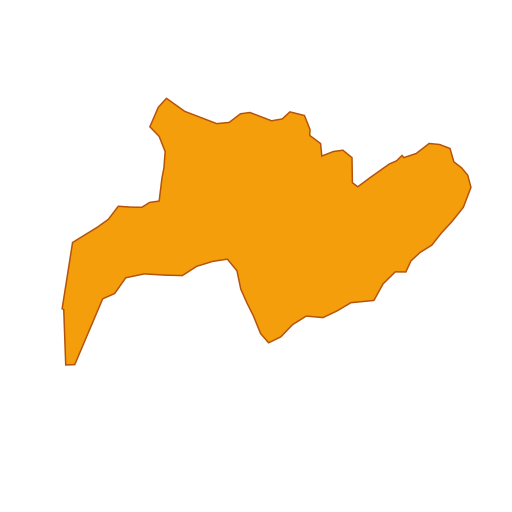 Katrineholm, Södermanland, Sweden (Mercator projection), rotated 291°
{"feature_id": "70781695B59557682139675", "entity_name": "Katrineholm", "entity_type": "district", "adm_level": 2, "iso_a3": "SWE", "parent_name": "Sweden", "parent_adm1": "Södermanland", "projection": "mercator", "projection_center": [16.311, 59.03], "detail": "fine", "context": "isolated", "style": "filled", "palette": "amber", "viewbox_px": 512, "rotation_deg": 291, "n_neighbors": 0, "source": "geoboundaries", "source_scale": "gbopen_adm2", "svg_char_len": 1161}
<svg xmlns="http://www.w3.org/2000/svg" viewBox="0 0 512 512"><g transform="rotate(291 256 256)"><path d="M256.5,381.5L256.8,382.0L275.5,384.6L291.1,391.7L294.8,401.6L307.0,402.4L318.1,407.9L329.3,416.3L344.1,420.9L358.1,426.5L375.7,432.1L397.1,432.1L407.3,424.7L412.0,416.3L414.8,407.0L425.9,398.6L425.9,387.5L423.1,377.3L409.2,368.9L400.8,358.7L402.2,356.3L395.2,353.1L389.7,347.5L370.2,334.5L357.1,326.2L359.0,319.7L382.2,310.4L385.9,299.2L381.3,290.8L372.9,281.6L384.1,276.0L387.8,263.0L393.4,261.1L404.5,250.9L402.7,236.0L393.4,231.4L387.8,222.1L387.8,198.9L383.2,190.5L371.1,183.1L365.5,171.9L365.5,137.5L371.1,115.9L359.9,111.5L338.6,110.6L333.0,122.7L320.9,133.8L305.1,138.5L294.9,140.3L272.6,145.9L267.9,137.5L260.5,131.9L256.8,121.7L253.1,109.6L237.3,105.0L226.1,97.6L202.9,79.9L137.3,93.9L137.1,95.7L86.1,117.4L89.6,125.7L161.1,128.2L170.4,137.5L189.0,142.2L199.2,158.0L205.7,178.4L211.3,194.2L225.2,204.4L235.4,217.4L242.8,230.4L235.4,243.5L219.6,253.7L208.5,264.8L199.2,275.0L185.2,288.1L179.5,298.9L189.5,308.2L205.0,314.7L217.9,324.4L222.5,340.6L234.1,351.6L246.4,361.3L256.5,381.5Z" fill="#f59e0b" stroke="#b45309" stroke-width="1.5"/></g></svg>